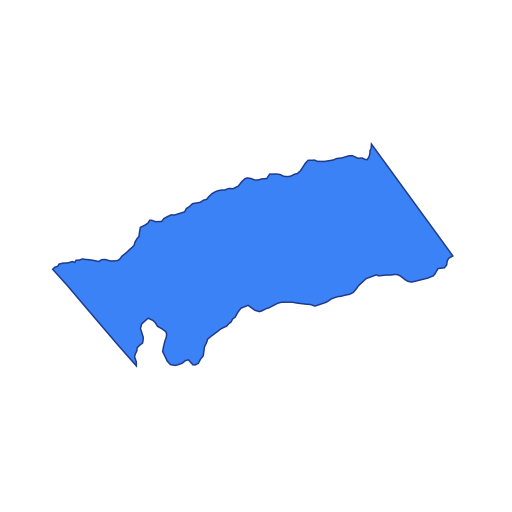 the district of Fortuna, Maranhão, Brazil, rotated 206°
{"feature_id": "56859067B73470842348249", "entity_name": "Fortuna", "entity_type": "district", "adm_level": 2, "iso_a3": "BRA", "parent_name": "Brazil", "parent_adm1": "Maranhão", "projection": "albers", "projection_center": [-44.009, -5.664], "detail": "fine", "context": "isolated", "style": "filled", "palette": "blue", "viewbox_px": 512, "rotation_deg": 206, "n_neighbors": 0, "source": "geoboundaries", "source_scale": "gbopen_adm2", "svg_char_len": 2633}
<svg xmlns="http://www.w3.org/2000/svg" viewBox="0 0 512 512"><g transform="rotate(206 256 256)"><path d="M432.9,154.9L413.2,147.0L384.6,134.4L341.1,115.5L315.4,104.8L317.2,108.4L321.0,112.2L321.5,115.0L321.5,118.4L322.6,121.4L321.3,125.2L319.8,128.0L320.7,131.3L321.8,133.6L328.0,140.1L329.0,144.6L327.5,148.5L325.7,152.8L320.4,152.9L317.3,151.9L313.7,149.6L309.1,149.4L304.0,148.5L302.1,146.7L301.0,143.5L300.6,139.7L299.2,133.3L298.0,129.2L289.5,122.5L285.2,120.9L280.6,122.3L278.4,124.1L275.3,127.3L273.5,131.1L271.2,133.1L265.0,130.5L262.8,131.5L260.8,134.3L260.6,139.3L259.7,142.9L260.6,146.1L262.5,151.6L262.5,156.7L263.0,160.1L261.3,163.9L257.5,171.2L256.0,174.5L253.9,177.4L251.6,180.1L250.9,183.0L249.5,185.7L249.4,189.1L247.9,192.0L247.6,197.6L246.7,202.4L241.5,208.2L233.1,206.7L228.6,207.5L226.7,209.2L223.9,213.0L221.6,215.2L215.8,223.0L213.1,225.4L209.9,227.1L202.9,230.5L199.0,231.5L190.0,234.6L185.8,236.3L181.1,236.8L172.6,245.2L171.0,247.7L169.7,250.2L167.3,252.8L164.8,255.2L161.9,257.1L158.8,259.8L155.1,262.6L152.6,265.9L151.4,270.6L151.0,273.8L147.2,283.8L144.0,287.2L139.5,291.9L137.1,291.9L130.6,296.0L128.0,297.2L125.5,298.6L123.4,300.2L120.2,301.4L117.3,301.3L111.6,300.1L108.5,299.8L104.9,300.7L102.9,302.2L92.2,311.2L88.1,315.7L87.3,318.4L86.9,324.5L81.5,328.0L80.7,331.5L82.0,335.5L81.8,338.5L79.1,342.3L89.9,348.1L201.3,407.2L199.7,403.3L199.6,400.4L198.4,397.6L197.9,394.2L198.4,391.2L200.8,390.5L203.5,390.7L207.0,388.6L213.4,388.4L216.3,386.9L219.1,384.3L221.9,381.7L224.2,380.3L226.4,378.8L228.4,376.4L231.2,374.3L236.1,370.9L242.3,368.0L245.5,367.8L247.8,366.5L251.1,364.9L252.3,361.2L252.9,355.9L253.5,351.8L255.0,348.2L257.1,346.5L260.0,342.8L262.6,341.1L266.0,339.8L270.0,339.8L273.5,338.7L279.6,335.6L280.3,330.3L284.8,327.7L287.3,325.3L290.2,323.8L294.2,323.5L298.0,322.4L299.8,320.6L301.4,316.6L302.6,310.9L306.2,306.4L309.6,305.0L311.5,303.3L313.2,301.5L315.4,300.5L318.4,298.3L320.4,296.3L322.8,293.0L324.6,288.2L325.0,285.5L327.7,283.1L329.7,279.7L333.4,277.1L336.0,275.2L337.4,271.4L339.4,268.1L339.5,264.4L341.9,262.1L344.6,259.6L347.3,257.0L350.4,255.7L353.6,251.6L355.2,249.3L355.9,245.7L361.6,242.7L364.7,242.5L367.1,241.7L367.6,238.1L369.6,234.7L372.5,231.0L370.7,224.9L369.7,222.3L370.5,219.7L370.9,215.7L370.2,212.1L371.2,209.3L372.4,206.6L374.1,201.9L376.5,197.0L376.9,194.1L378.0,191.6L380.2,190.0L384.7,187.7L389.9,186.8L393.1,185.1L394.8,182.2L400.2,180.8L404.1,179.6L407.9,178.1L410.7,177.3L412.7,175.1L415.9,173.2L416.0,170.8L418.6,170.5L422.0,167.4L426.4,164.9L429.5,162.4L429.7,159.8L431.8,157.9L432.9,154.9Z" fill="#3b82f6" stroke="#1e3a8a" stroke-width="1.5"/></g></svg>